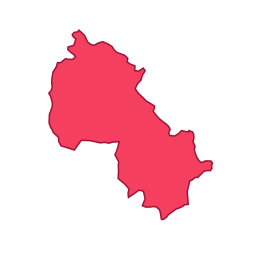 Uiseong-gun, North Gyeongsang, South Korea (orthographic projection), rotated 208°
{"feature_id": "91817680B75376031789242", "entity_name": "Uiseong-gun", "entity_type": "district", "adm_level": 2, "iso_a3": "KOR", "parent_name": "South Korea", "parent_adm1": "North Gyeongsang", "projection": "orthographic", "projection_center": [128.598, 36.353], "detail": "fine", "context": "isolated", "style": "filled", "palette": "rose", "viewbox_px": 256, "rotation_deg": 208, "n_neighbors": 0, "source": "geoboundaries", "source_scale": "gbopen_adm2", "svg_char_len": 1978}
<svg xmlns="http://www.w3.org/2000/svg" viewBox="0 0 256 256"><g transform="rotate(208 128 128)"><path d="M38.9,88.8L45.8,99.5L48.6,110.1L46.9,112.4L45.3,116.2L43.1,117.1L41.7,122.0L40.5,125.6L37.7,127.9L35.4,128.8L35.0,131.0L34.9,131.6L36.5,134.0L37.0,136.8L39.3,137.8L44.3,135.2L46.9,131.9L49.9,132.4L53.2,134.3L57.7,138.1L59.5,140.6L60.0,143.0L62.8,145.4L64.2,146.5L64.9,149.6L66.1,151.9L67.3,153.4L69.1,154.8L73.0,154.4L72.5,153.1L75.1,152.0L79.5,150.9L80.9,146.5L83.1,142.8L87.6,141.0L89.8,142.8L90.1,146.5L92.7,148.4L96.4,149.5L99.3,149.8L104.8,150.9L110.7,153.1L113.6,154.6L114.0,157.9L114.7,159.8L118.0,160.1L125.0,160.5L129.8,162.0L134.9,163.4L140.1,166.0L140.4,171.5L139.0,176.3L140.1,181.1L139.7,186.6L142.7,188.1L145.2,183.3L148.9,181.8L151.1,186.2L155.5,185.5L159.6,185.9L161.0,189.5L165.1,190.6L173.6,189.5L177.2,190.6L180.2,192.4L184.6,192.8L190.8,192.4L194.5,188.7L196.7,185.1L199.7,184.3L204.1,185.0L207.4,187.6L210.0,189.4L217.2,191.4L217.8,189.0L220.4,187.2L221.1,184.3L219.0,182.7L215.9,182.2L215.2,178.7L214.7,175.6L216.8,173.5L219.0,171.4L218.0,169.0L214.0,167.9L210.7,167.4L208.1,166.5L208.4,163.9L209.8,162.2L212.6,160.8L215.6,159.9L216.8,157.5L218.0,154.2L220.9,152.6L220.1,148.6L220.1,146.0L220.5,142.4L218.6,136.5L216.4,131.7L214.2,128.8L213.5,125.1L214.2,121.5L210.9,119.3L206.8,114.9L205.0,111.6L204.2,106.8L203.9,103.5L200.5,96.2L199.1,94.4L196.1,91.8L195.4,91.8L191.7,88.9L185.1,87.1L182.6,83.4L178.9,80.8L165.0,83.4L164.2,90.0L163.5,95.1L159.9,97.0L155.1,99.2L145.6,101.8L141.9,104.3L137.5,105.8L134.9,108.4L129.4,111.7L128.3,107.6L127.2,102.1L126.9,98.1L122.8,95.5L120.3,93.7L119.2,90.8L116.2,85.6L112.9,78.7L108.9,77.9L103.8,76.8L98.6,74.6L97.2,70.2L95.0,66.9L92.8,71.0L89.1,78.3L84.7,79.4L79.6,73.5L78.9,66.2L75.2,66.5L71.2,68.7L68.6,70.6L66.0,71.6L61.6,70.5L58.7,67.2L55.8,63.2L54.7,63.2L53.2,65.0L52.1,67.6L51.8,69.8L50.6,72.7L47.3,79.3L45.5,81.1L42.9,84.4L42.2,86.6L38.9,88.8Z" fill="#f43f5e" stroke="#9f1239" stroke-width="1.5"/></g></svg>